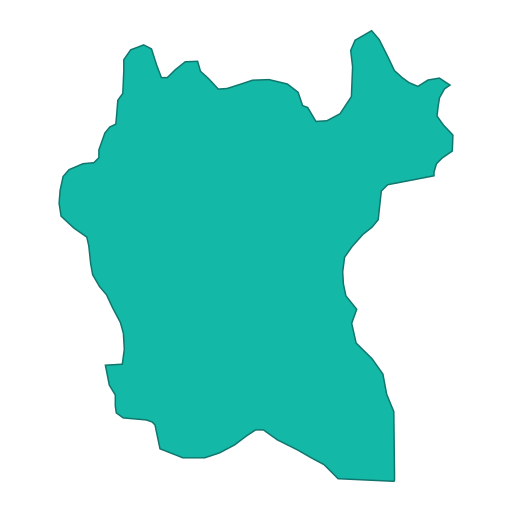 Jeongseon-gun, Gangwon, South Korea (orthographic projection)
{"feature_id": "91817680B94972366910411", "entity_name": "Jeongseon-gun", "entity_type": "district", "adm_level": 2, "iso_a3": "KOR", "parent_name": "South Korea", "parent_adm1": "Gangwon", "projection": "orthographic", "projection_center": [128.745, 37.366], "detail": "fine", "context": "isolated", "style": "filled", "palette": "teal", "viewbox_px": 512, "rotation_deg": 0, "n_neighbors": 0, "source": "geoboundaries", "source_scale": "gbopen_adm2", "svg_char_len": 1519}
<svg xmlns="http://www.w3.org/2000/svg" viewBox="0 0 512 512"><path d="M197.6,61.3L185.2,61.8L175.3,69.7L167.3,77.6L161.4,77.6L156.5,64.7L151.5,48.9L143.6,44.9L130.7,49.8L123.8,59.7L123.8,70.6L122.8,93.4L117.8,100.3L116.8,113.2L115.8,124.1L109.8,127.0L104.9,133.0L98.9,149.8L98.9,157.7L93.9,162.7L83.0,163.7L69.1,169.6L63.1,176.5L60.1,190.4L59.1,203.3L61.1,216.2L73.9,228.1L86.8,237.1L88.8,246.0L90.7,263.9L92.7,274.8L99.6,286.7L106.5,294.7L112.5,307.6L120.4,322.5L123.4,333.4L124.3,349.3L122.3,364.2L105.4,365.2L109.3,385.1L115.3,395.0L115.3,406.0L116.3,412.9L123.2,417.9L146.1,419.9L152.0,421.9L155.0,424.9L160.0,448.8L182.8,457.8L204.7,457.8L219.7,452.8L234.6,444.9L246.5,435.9L255.5,429.9L263.4,429.9L277.4,439.9L297.3,449.8L311.2,457.8L324.1,464.7L338.1,478.7L394.0,481.3L394.5,480.4L394.5,472.7L393.8,411.6L386.7,394.4L382.9,374.1L372.1,358.8L356.1,343.0L351.7,323.3L356.7,309.3L345.9,295.9L343.4,283.9L342.7,271.8L344.6,257.2L352.2,246.4L363.0,234.3L371.9,227.3L378.2,219.7L381.3,191.1L387.7,184.7L434.0,175.8L434.0,172.0L436.5,163.7L442.2,158.0L452.3,151.0L452.9,135.1L443.4,125.0L437.0,116.1L438.2,106.0L439.5,97.8L444.5,88.9L450.0,85.1L439.4,78.1L428.0,80.0L417.9,86.4L409.0,82.6L402.1,77.6L394.4,70.6L388.1,57.3L379.2,39.6L371.6,30.7L355.1,40.2L350.7,50.4L352.6,66.9L351.4,96.6L340.0,113.8L326.7,120.8L315.9,121.4L307.7,107.5L302.6,105.6L298.1,92.3L287.4,84.0L269.0,79.6L252.5,80.2L243.0,83.4L227.1,88.5L218.3,89.1L208.8,78.9L200.5,71.3L197.6,61.3Z" fill="#14b8a6" stroke="#0f766e" stroke-width="1.5"/></svg>